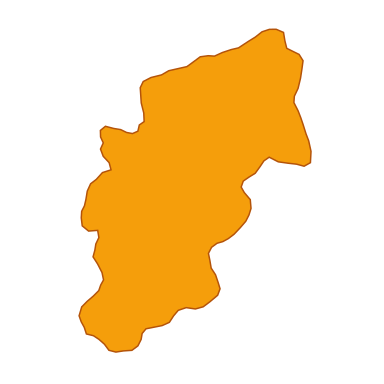 outline of Prudente de Morais, Minas Gerais, Brazil, rotated 346°
{"feature_id": "56859067B84825617066138", "entity_name": "Prudente de Morais", "entity_type": "district", "adm_level": 2, "iso_a3": "BRA", "parent_name": "Brazil", "parent_adm1": "Minas Gerais", "projection": "albers", "projection_center": [-44.114, -19.47], "detail": "fine", "context": "isolated", "style": "filled", "palette": "amber", "viewbox_px": 384, "rotation_deg": 346, "n_neighbors": 0, "source": "geoboundaries", "source_scale": "gbopen_adm2", "svg_char_len": 1706}
<svg xmlns="http://www.w3.org/2000/svg" viewBox="0 0 384 384"><g transform="rotate(346 192 192)"><path d="M191.9,298.4L195.8,292.7L195.5,286.6L194.8,278.0L192.2,270.5L192.8,262.4L193.1,255.5L197.6,250.4L203.9,247.8L209.9,247.6L216.0,246.0L222.7,243.1L230.2,238.3L237.1,233.4L241.7,228.1L245.3,222.2L246.7,213.5L242.6,205.2L240.9,199.1L244.4,193.8L251.0,191.3L257.9,189.1L264.1,183.9L269.3,179.2L275.3,176.9L283.0,183.6L292.4,187.4L300.2,190.3L307.0,194.1L314.0,192.2L317.3,181.4L317.6,170.6L316.7,163.2L316.1,153.2L315.5,146.1L314.6,139.0L312.5,129.9L314.5,123.8L320.0,117.1L324.8,107.9L328.4,99.3L331.5,91.5L329.2,84.4L324.2,80.2L318.7,75.5L318.7,67.9L319.4,59.3L313.1,54.5L306.5,52.9L298.7,53.5L290.9,57.0L283.7,59.3L277.7,61.4L272.0,63.4L264.5,63.3L255.3,64.0L246.7,65.6L240.8,63.7L232.7,62.8L224.3,66.3L217.4,69.1L208.1,68.9L198.8,68.7L190.7,71.0L179.9,71.0L171.4,73.0L167.0,78.3L165.8,85.0L164.3,93.3L164.3,103.7L162.6,112.1L157.1,114.2L154.2,119.9L148.4,120.9L142.9,118.4L137.9,114.2L131.4,111.4L123.9,107.3L118.0,110.1L116.6,116.5L117.8,122.9L113.6,128.2L114.5,135.9L118.7,143.5L118.8,150.9L109.8,151.5L102.2,156.6L95.6,159.5L90.6,165.8L87.3,173.5L84.3,179.4L80.3,184.0L78.3,190.3L77.3,198.3L82.2,204.9L91.2,206.4L90.6,213.7L86.1,219.2L83.7,224.9L80.3,231.0L83.0,239.0L85.2,248.4L84.9,255.9L80.9,260.2L77.7,265.1L71.1,269.1L63.9,272.7L57.2,276.8L52.5,284.8L53.1,291.1L54.7,297.2L55.2,304.2L61.6,307.6L66.0,312.4L70.2,318.5L73.1,325.5L79.4,328.9L87.0,329.6L95.4,331.1L102.3,328.2L107.0,322.7L109.4,317.2L114.3,313.6L122.6,314.0L130.7,314.4L138.5,313.0L144.2,307.7L150.0,303.5L158.4,302.8L167.0,306.3L175.1,306.1L182.9,302.8L191.9,298.4Z" fill="#f59e0b" stroke="#b45309" stroke-width="1.5"/></g></svg>